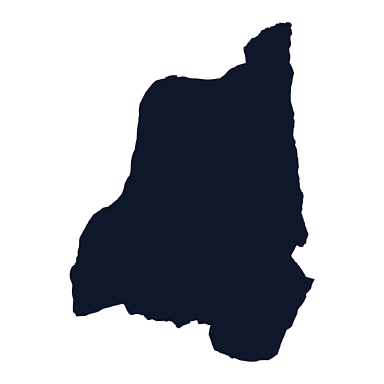 Iramba, Singida, United Republic of Tanzania (Mercator projection)
{"feature_id": "72390352B66961871173396", "entity_name": "Iramba", "entity_type": "district", "adm_level": 2, "iso_a3": "TZA", "parent_name": "United Republic of Tanzania", "parent_adm1": "Singida", "projection": "mercator", "projection_center": [34.32, -4.386], "detail": "fine", "context": "isolated", "style": "filled", "palette": "ink", "viewbox_px": 384, "rotation_deg": 0, "n_neighbors": 0, "source": "geoboundaries", "source_scale": "gbopen_adm2", "svg_char_len": 5936}
<svg xmlns="http://www.w3.org/2000/svg" viewBox="0 0 384 384"><path d="M166.3,77.5L165.9,79.1L161.5,79.8L156.5,81.2L154.8,82.5L152.9,84.2L146.0,93.0L140.8,103.3L140.1,105.6L139.7,108.9L139.6,111.3L139.9,115.0L139.3,117.5L139.0,122.6L138.5,124.5L138.0,128.2L137.5,135.4L137.5,138.8L136.6,142.3L135.9,146.1L135.6,149.3L133.5,153.9L132.4,157.9L131.8,161.5L131.6,164.5L131.4,170.0L131.1,172.6L130.3,175.5L128.2,178.4L125.9,182.7L125.1,184.9L124.8,186.6L125.0,187.2L122.5,193.9L121.3,195.6L117.6,200.2L114.7,202.4L111.6,205.1L109.4,206.5L108.3,207.6L105.6,207.9L103.1,208.5L102.6,208.8L100.9,210.6L98.0,212.3L97.5,212.8L94.1,214.9L93.5,215.6L90.9,219.6L89.5,221.2L88.4,223.7L87.2,225.2L85.4,228.9L83.1,232.7L82.6,234.1L81.8,235.2L80.4,237.9L79.8,241.1L80.0,243.7L79.7,245.1L79.8,246.5L79.5,247.7L79.1,248.4L79.1,249.0L78.3,252.0L78.6,254.9L78.4,255.7L76.8,258.5L77.0,259.6L76.8,261.2L77.1,262.1L76.5,263.2L75.8,263.4L75.5,263.9L75.6,264.4L75.2,265.0L74.3,266.1L72.9,266.9L71.9,268.3L71.6,269.7L71.1,270.2L70.4,274.3L70.7,278.2L73.0,284.3L73.0,287.6L72.6,290.7L73.0,295.9L74.0,298.9L73.6,307.1L73.7,311.7L75.4,312.9L76.1,313.7L76.6,314.8L76.6,315.6L76.8,315.6L81.6,315.3L83.8,315.3L86.0,315.0L87.9,313.9L88.8,313.5L96.6,311.5L98.3,310.8L101.9,308.6L104.5,307.6L109.2,306.5L112.4,305.4L115.6,304.8L121.8,303.1L122.8,303.0L123.6,303.4L124.7,304.0L128.0,310.9L129.2,312.6L130.5,314.0L131.7,314.2L133.2,314.0L135.2,313.3L138.3,313.2L139.3,313.7L140.9,314.0L141.7,314.5L142.9,314.2L144.7,315.6L145.4,316.7L147.0,317.9L147.8,319.2L148.1,319.3L148.4,319.2L149.1,319.4L149.4,319.3L150.3,318.9L151.2,318.8L151.7,318.4L152.3,318.6L153.0,318.3L153.7,319.1L154.9,319.6L155.6,319.7L156.4,320.4L157.9,320.2L158.4,320.4L159.7,320.1L160.3,320.4L161.0,320.4L161.8,320.1L162.5,320.2L163.7,320.0L166.4,320.9L168.0,320.4L169.3,319.8L169.7,320.1L170.0,319.8L170.6,320.6L171.9,320.4L172.3,320.5L172.6,321.5L174.0,322.1L174.5,323.0L174.6,323.4L175.2,323.9L175.4,324.0L175.8,323.9L176.6,324.4L177.1,324.2L177.0,324.8L176.4,325.3L176.5,325.8L177.6,327.3L178.1,327.1L178.4,327.3L178.7,327.2L179.4,327.5L180.2,326.7L182.0,325.6L183.4,324.3L184.1,324.4L184.4,323.9L184.7,324.1L186.1,323.9L186.9,323.1L188.7,323.0L189.2,322.5L189.7,321.2L190.5,320.6L193.8,320.2L195.6,319.4L197.0,319.5L197.9,320.0L198.8,323.0L199.0,323.4L200.4,323.4L200.9,323.1L202.2,323.1L202.6,323.0L203.9,323.1L204.8,322.8L205.8,323.0L206.5,323.6L207.7,323.2L208.3,324.3L209.1,324.4L209.9,324.1L210.7,324.2L211.1,323.9L211.2,324.1L211.4,324.9L210.4,328.6L209.4,334.4L211.6,340.3L212.5,343.6L214.3,348.3L214.7,349.2L215.6,349.9L218.4,350.8L220.5,352.3L225.0,353.5L226.5,354.5L228.4,354.7L229.1,355.2L230.1,356.4L232.2,357.9L233.3,357.4L234.7,357.2L235.5,357.8L237.3,358.1L238.5,359.0L241.0,359.7L249.2,360.8L252.9,361.0L256.7,360.6L259.6,359.5L265.6,359.3L267.1,359.5L268.4,359.3L272.4,357.1L277.1,353.5L278.4,349.3L279.4,347.1L280.0,344.2L281.2,341.6L281.7,339.9L283.5,336.0L285.9,329.8L286.3,329.3L289.0,327.7L291.0,326.2L292.1,323.8L293.6,319.6L296.4,313.8L296.8,311.9L297.0,309.9L297.4,308.9L299.6,306.2L300.6,305.3L303.4,301.2L305.6,296.5L305.1,294.3L305.3,293.8L310.4,288.2L311.1,284.8L311.7,283.3L313.6,279.6L311.5,279.2L305.4,277.4L305.0,276.9L304.4,275.3L300.8,269.4L299.8,268.6L298.7,266.3L297.2,265.2L296.4,263.4L294.3,262.1L293.3,259.8L291.9,258.7L291.5,258.2L290.6,256.1L290.6,255.5L291.6,252.7L292.2,252.0L293.6,249.6L295.3,246.0L296.1,244.9L296.7,244.7L297.5,244.6L298.2,244.9L298.7,245.4L299.9,246.2L302.4,246.2L302.7,245.9L303.0,244.6L305.1,243.0L305.6,242.1L305.7,241.4L305.6,239.2L306.7,237.5L306.9,236.2L307.7,234.5L307.1,232.7L306.1,230.6L305.6,228.2L304.9,227.1L304.4,225.7L304.1,224.7L304.2,223.8L304.0,222.6L303.0,221.4L302.8,220.8L303.0,220.0L302.9,219.2L302.1,217.8L301.5,215.4L301.1,215.0L301.4,214.7L300.7,213.7L300.5,213.0L301.0,211.0L301.6,209.3L301.5,207.4L301.3,207.0L301.4,205.4L301.8,204.4L301.7,203.8L302.2,202.5L302.2,199.5L302.8,196.9L302.8,195.5L302.0,193.1L300.7,191.6L300.4,190.2L299.5,188.8L299.1,187.7L299.0,183.5L298.4,180.3L298.8,179.1L298.7,178.5L298.1,176.0L297.6,174.8L297.6,174.1L297.1,172.9L297.1,172.3L297.3,169.4L298.1,167.1L298.0,166.0L297.6,165.4L298.0,164.1L297.5,162.3L297.5,159.6L297.2,158.0L296.6,156.8L296.8,153.8L296.4,152.8L296.3,150.2L295.9,148.8L294.4,145.6L294.3,144.6L294.9,142.7L294.8,141.7L294.6,141.0L293.9,140.1L293.2,138.5L292.5,135.6L292.6,132.7L292.9,130.7L292.7,129.1L292.9,128.1L293.6,126.8L293.7,125.7L293.4,124.2L294.0,121.3L293.6,120.1L293.0,119.2L292.7,118.0L293.4,115.4L293.6,113.9L293.5,112.8L292.9,111.9L292.0,108.9L292.0,107.8L291.4,106.4L290.0,101.1L290.1,98.8L289.9,95.9L290.3,90.1L290.2,87.5L291.4,82.8L292.4,76.4L292.9,74.3L293.4,73.4L292.0,69.1L290.2,65.1L289.0,63.0L288.3,62.4L288.7,61.6L289.2,60.4L289.6,55.8L288.5,51.2L288.5,48.8L288.7,47.7L289.6,46.4L290.2,44.9L290.3,43.7L290.0,40.9L289.6,39.8L289.7,38.9L289.6,36.4L289.7,35.7L290.9,34.4L291.3,33.8L291.4,33.0L290.8,31.3L291.1,30.8L290.9,30.1L290.1,28.6L289.8,27.3L289.9,26.8L290.7,26.3L290.9,26.0L290.9,24.7L290.0,23.5L289.2,23.1L286.8,23.0L284.9,24.2L283.3,23.5L281.8,23.9L281.1,23.6L280.0,23.4L279.6,24.0L278.3,24.7L277.2,24.2L276.7,24.5L276.0,25.5L275.5,25.7L275.2,26.7L274.8,27.0L274.2,26.7L273.6,26.7L272.4,27.3L271.3,27.2L270.8,27.5L269.8,29.3L269.1,28.9L268.4,28.2L268.0,28.1L267.2,29.0L266.8,29.2L266.1,28.8L265.7,28.9L265.5,29.2L265.7,29.8L265.4,30.2L262.2,30.8L260.0,34.3L258.9,35.0L258.6,36.3L258.0,36.7L256.7,37.0L256.4,37.5L255.8,37.9L253.4,38.9L253.0,38.8L253.1,39.0L252.4,39.0L251.7,39.5L251.1,40.2L250.3,41.8L248.3,43.4L247.5,44.9L247.1,46.1L244.5,47.5L244.3,48.2L244.5,51.2L245.7,54.8L246.5,61.3L246.5,62.9L245.9,63.7L238.3,65.8L237.1,66.3L234.8,68.0L231.9,68.9L229.5,70.6L227.7,72.4L225.8,74.6L223.8,76.4L220.1,79.0L212.6,80.0L208.3,80.3L204.2,80.1L196.5,79.2L192.3,79.1L188.9,78.8L185.2,77.4L182.3,77.2L177.7,78.0L176.5,77.6L176.5,76.1L173.2,75.9L169.4,76.5L167.0,77.8L166.3,77.5Z" fill="#0f172a" stroke="#020617" stroke-width="1.5"/></svg>